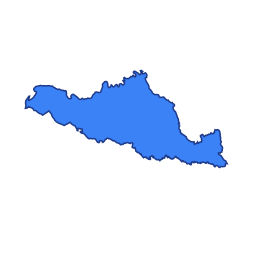 outline of São Sebastião do Uatumã, Amazonas, Brazil, rotated 146°
{"feature_id": "56859067B19357724155454", "entity_name": "São Sebastião do Uatumã", "entity_type": "district", "adm_level": 2, "iso_a3": "BRA", "parent_name": "Brazil", "parent_adm1": "Amazonas", "projection": "equal_earth", "projection_center": [-58.621, -1.894], "detail": "fine", "context": "isolated", "style": "filled", "palette": "blue", "viewbox_px": 256, "rotation_deg": 146, "n_neighbors": 0, "source": "geoboundaries", "source_scale": "gbopen_adm2", "svg_char_len": 5744}
<svg xmlns="http://www.w3.org/2000/svg" viewBox="0 0 256 256"><g transform="rotate(146 128 128)"><path d="M191.8,209.5L192.5,209.7L197.4,207.8L199.0,206.0L200.2,203.4L202.1,201.7L200.2,200.9L199.8,201.2L198.5,200.7L198.1,201.0L197.7,199.9L196.4,198.3L196.0,196.7L196.1,195.2L194.4,193.5L194.1,191.6L193.4,189.8L192.1,188.1L191.6,186.4L184.0,186.3L183.7,182.5L184.2,180.7L184.4,178.9L184.1,176.9L184.4,175.4L183.9,173.2L182.9,171.0L182.3,170.0L181.7,169.5L181.4,168.7L179.9,166.7L179.6,165.8L172.8,165.0L172.5,162.7L170.7,158.9L171.0,155.7L171.6,154.6L171.5,154.2L171.0,153.7L170.7,153.9L170.4,155.0L169.6,155.5L169.0,155.2L167.9,153.6L166.7,153.3L166.8,152.3L167.8,150.6L168.2,150.5L168.6,151.4L169.2,151.7L169.8,151.5L169.8,151.0L169.2,149.4L168.1,148.6L167.6,147.7L167.0,142.5L166.5,141.1L165.8,140.5L164.8,140.4L163.7,139.0L162.4,138.4L161.6,137.6L161.2,136.7L161.3,133.7L161.0,132.8L160.2,132.1L159.8,132.1L158.7,133.3L158.4,133.4L156.7,131.5L156.8,130.6L157.1,130.3L156.7,130.1L155.2,130.3L153.3,131.2L152.3,130.9L151.4,131.2L150.7,131.1L149.9,129.8L149.0,129.2L147.5,125.5L146.6,125.4L146.4,125.0L145.7,122.4L143.9,120.1L143.5,118.2L142.3,117.9L141.4,117.2L139.8,117.7L139.0,116.8L137.2,116.6L136.2,115.8L134.9,113.9L133.7,113.9L132.7,113.3L132.7,112.4L135.2,109.9L135.3,109.4L134.4,108.1L133.4,107.9L133.2,107.6L133.6,107.3L133.6,106.4L134.4,104.6L133.8,102.3L133.0,102.1L132.7,100.0L131.8,99.6L132.3,98.8L132.0,98.4L132.0,96.4L131.7,94.6L130.8,94.7L129.1,93.6L129.5,93.1L129.4,92.8L128.3,90.5L127.7,90.2L127.2,90.9L127.1,90.4L127.4,89.8L127.3,89.5L126.6,89.7L126.2,91.8L125.9,91.9L125.4,91.4L123.7,91.7L123.2,91.0L122.8,89.9L123.5,89.5L123.7,89.9L123.8,89.4L122.9,88.4L122.3,86.1L121.8,85.5L121.2,85.3L121.0,84.9L120.2,84.8L119.9,83.1L118.8,83.5L118.2,83.2L116.4,83.1L116.1,83.2L116.5,83.9L116.1,84.0L115.0,83.1L114.6,83.2L114.4,82.7L112.5,84.2L111.6,84.2L111.4,84.0L111.5,83.6L111.9,83.4L111.9,82.9L111.3,81.8L111.6,81.3L111.3,81.2L110.6,81.9L110.1,81.3L110.4,80.6L110.1,80.2L110.0,79.4L109.5,78.3L109.1,77.9L108.8,78.1L108.2,77.3L107.2,77.2L106.5,77.5L104.7,77.4L104.6,77.9L104.2,77.7L104.1,75.7L103.8,75.3L103.2,75.0L103.3,74.6L102.4,71.7L102.4,70.1L102.1,69.8L101.1,70.3L100.4,69.7L100.5,68.6L99.7,67.9L99.0,66.9L99.2,65.8L98.9,65.1L97.6,64.7L97.1,64.0L97.1,63.5L96.4,62.3L96.2,62.3L95.9,62.6L95.3,63.7L94.8,63.3L93.6,64.2L93.0,63.4L92.9,62.5L92.6,62.3L92.0,62.2L91.3,62.8L91.1,62.6L90.9,61.7L89.9,61.2L89.6,60.6L89.8,59.9L88.9,59.7L87.7,58.1L87.2,58.1L86.9,58.7L86.2,58.0L84.6,57.8L83.4,55.6L82.6,55.0L82.3,55.6L82.0,55.7L80.6,54.7L80.9,53.9L80.8,53.4L79.9,52.7L79.0,51.2L78.2,51.0L78.2,50.6L77.9,50.4L77.8,49.5L77.5,49.2L77.9,48.5L77.7,47.4L77.4,47.2L76.6,47.7L75.5,47.3L74.6,46.0L74.5,44.6L74.1,44.0L72.1,44.0L71.6,43.3L69.9,42.3L68.6,42.1L67.2,43.8L66.4,43.6L65.8,43.0L65.4,46.2L66.1,47.2L66.4,48.3L66.3,53.2L67.3,54.8L67.5,56.0L67.0,56.7L66.1,56.5L65.6,55.6L64.6,56.0L63.7,55.6L63.0,56.5L62.3,56.8L61.9,57.6L61.1,58.1L60.7,58.7L60.4,60.0L60.5,62.6L59.8,63.5L58.3,64.4L58.0,66.7L57.2,67.3L56.5,68.4L56.2,69.2L56.1,70.2L55.3,70.6L53.9,74.0L54.0,75.5L54.4,76.3L55.3,76.9L56.3,76.7L56.8,77.9L58.5,76.6L59.1,75.7L60.1,76.0L60.9,75.7L61.5,76.5L62.0,77.6L63.2,77.0L64.2,77.2L64.8,77.8L66.7,77.7L67.5,78.5L69.6,78.3L69.8,79.2L69.6,80.0L70.0,81.1L71.0,81.0L72.1,81.3L72.7,80.3L72.9,77.9L73.5,77.4L73.9,76.3L75.0,75.3L75.8,76.0L78.5,76.1L78.1,77.5L79.0,77.1L79.8,77.3L81.7,77.1L82.0,77.9L80.9,79.7L82.1,80.1L82.6,80.8L83.5,81.5L85.1,85.0L85.1,86.6L84.7,88.3L85.2,88.9L85.2,90.2L85.9,90.6L86.0,91.8L86.4,92.8L87.1,93.3L86.7,94.7L87.1,95.4L86.4,96.0L85.9,96.8L86.2,97.9L86.0,99.5L83.7,101.3L83.9,102.4L83.7,103.4L82.7,103.3L82.7,104.5L82.1,105.4L81.9,106.4L81.3,107.2L81.1,109.5L80.6,110.6L79.5,115.2L80.0,116.0L79.8,118.2L79.4,119.5L78.7,120.4L77.5,120.3L77.0,120.5L76.6,121.1L76.7,122.4L77.2,123.2L77.1,124.4L78.0,124.7L78.6,125.7L79.2,127.8L79.1,128.7L79.9,128.9L80.7,130.8L80.9,133.3L81.7,134.2L82.4,134.2L84.3,135.6L84.8,136.4L84.3,137.4L84.2,138.5L85.3,139.5L87.4,141.0L88.2,143.8L87.8,144.8L88.0,147.0L88.4,148.9L87.1,151.6L86.7,157.2L86.2,159.0L85.8,159.7L85.0,159.8L84.3,159.4L83.4,160.8L82.7,161.2L82.5,163.0L82.8,164.1L84.3,164.1L85.6,164.8L85.7,165.7L84.1,166.6L84.9,168.4L85.7,168.6L86.2,166.5L87.0,165.6L88.5,165.6L89.0,167.9L90.3,170.7L91.1,171.6L91.7,171.6L92.3,171.3L92.6,170.6L92.3,169.6L91.7,169.1L91.6,168.0L92.4,166.8L93.2,166.3L93.6,166.5L94.2,168.8L94.5,168.9L95.4,168.0L96.9,169.1L97.9,168.7L99.9,168.7L102.1,170.1L102.7,171.9L103.1,172.0L103.6,171.7L104.2,169.3L104.5,168.9L105.2,170.1L105.7,170.1L105.7,167.4L106.6,166.6L108.0,166.3L108.6,167.0L108.8,168.4L110.2,169.1L111.1,168.9L111.9,167.6L112.7,167.4L113.3,168.4L112.9,169.8L113.2,170.5L114.5,170.6L116.1,170.0L117.1,170.2L117.5,170.8L117.6,171.5L117.4,172.2L117.8,173.1L119.8,171.9L121.3,172.1L121.4,173.9L120.3,175.4L119.6,177.4L119.8,178.5L121.2,179.4L124.6,178.6L126.2,176.2L130.7,173.1L131.9,173.3L134.1,175.5L135.2,176.0L136.1,175.4L138.9,174.9L140.4,173.9L141.6,173.5L142.6,173.6L143.6,174.1L144.6,175.3L146.0,175.4L147.6,176.3L148.6,176.4L149.3,178.2L151.3,178.2L152.0,178.7L152.4,179.5L152.9,182.4L154.5,186.5L155.2,186.9L156.3,186.9L157.1,186.6L157.9,185.9L158.2,184.6L158.5,184.4L159.4,184.5L160.5,185.3L160.9,186.5L160.8,189.1L160.3,190.3L159.6,191.1L158.6,193.2L158.9,193.8L159.5,194.3L160.2,194.3L160.8,195.7L161.6,195.9L163.4,198.8L164.2,198.9L164.9,199.5L165.2,200.3L165.8,201.0L166.3,202.5L167.0,203.6L167.3,205.1L168.7,205.9L169.4,207.0L172.8,209.0L174.3,210.3L174.9,210.3L176.6,212.1L181.1,213.9L183.8,213.4L184.5,212.8L184.8,212.0L184.8,210.5L183.9,209.5L183.9,209.0L184.1,208.5L186.7,207.1L187.9,206.9L188.9,206.3L191.6,205.9L195.0,206.4L194.6,207.2L192.3,208.9L191.8,209.5Z" fill="#3b82f6" stroke="#1e3a8a" stroke-width="1.5"/></g></svg>